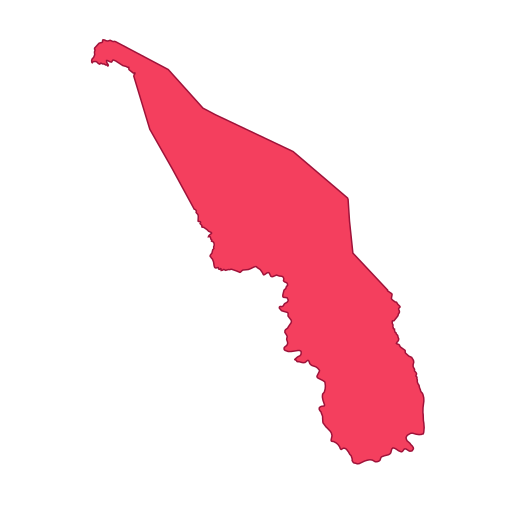 Minas de Oro, Comayagua, Honduras (Mercator projection), rotated 190°
{"feature_id": "27666195B38768397518774", "entity_name": "Minas de Oro", "entity_type": "district", "adm_level": 2, "iso_a3": "HND", "parent_name": "Honduras", "parent_adm1": "Comayagua", "projection": "mercator", "projection_center": [-87.461, 14.895], "detail": "fine", "context": "isolated", "style": "filled", "palette": "rose", "viewbox_px": 512, "rotation_deg": 190, "n_neighbors": 0, "source": "geoboundaries", "source_scale": "gbopen_adm2", "svg_char_len": 5997}
<svg xmlns="http://www.w3.org/2000/svg" viewBox="0 0 512 512"><g transform="rotate(190 256 256)"><path d="M444.2,442.4L444.5,441.6L444.3,440.3L444.4,440.0L445.0,439.5L446.8,438.7L447.6,438.2L451.0,432.8L451.0,431.8L450.4,431.2L450.3,430.7L450.5,428.8L449.8,426.2L450.4,423.4L451.5,421.8L451.7,421.1L451.8,419.7L451.3,418.2L450.9,417.9L450.7,418.4L449.9,419.1L448.7,419.5L447.2,419.7L446.4,419.4L444.7,418.2L443.4,417.8L443.2,417.8L442.5,418.8L442.2,419.0L440.3,418.5L438.8,418.7L437.2,418.0L436.3,418.3L434.9,417.4L434.6,417.7L434.6,418.3L435.1,419.1L436.5,420.5L436.6,421.0L436.8,421.1L437.1,422.6L436.6,422.7L436.0,422.7L434.1,422.0L432.2,421.8L431.8,422.1L431.1,423.9L430.7,424.2L430.2,424.2L428.2,423.8L420.2,420.4L416.8,420.1L415.1,419.5L414.1,419.7L413.6,417.8L413.3,417.4L408.8,414.9L408.3,414.9L407.2,415.3L406.9,414.5L407.0,414.2L407.4,414.1L407.6,411.9L382.6,362.4L353.8,327.6L324.9,291.3L324.2,291.3L323.7,291.1L322.6,290.2L322.5,288.4L320.6,286.9L320.1,286.2L319.7,284.8L319.1,280.3L318.2,280.0L317.2,280.2L316.6,279.9L316.4,279.4L316.7,278.2L314.9,276.9L314.5,276.2L314.4,275.3L314.2,275.1L312.3,275.1L308.7,273.4L306.9,272.1L304.4,271.5L303.8,271.1L303.7,270.8L303.8,270.5L305.5,268.5L306.1,267.4L306.2,266.7L305.5,266.9L304.8,267.0L304.4,266.9L303.9,266.0L303.4,264.8L302.4,264.1L302.4,262.9L302.1,262.8L301.1,262.7L300.1,262.1L299.6,261.3L299.0,259.5L299.3,257.8L299.1,256.8L298.8,256.0L299.7,254.6L299.9,251.2L301.0,249.2L301.2,248.5L301.2,247.9L300.9,247.5L300.4,247.2L299.5,246.2L298.4,245.4L296.8,242.8L295.7,239.5L295.1,238.2L294.7,237.6L294.1,237.3L293.4,237.2L291.4,238.1L291.1,237.9L290.5,236.7L289.8,236.5L289.0,236.8L288.8,237.4L288.4,237.4L287.8,235.7L286.7,236.1L285.3,237.2L283.5,236.6L280.8,237.9L279.4,238.0L278.4,238.6L277.5,238.7L272.7,237.9L269.0,237.1L268.5,237.4L267.2,239.2L266.4,239.9L261.3,241.3L259.1,242.6L256.4,244.6L255.0,245.4L254.1,245.6L253.6,245.5L252.8,244.8L249.5,243.4L246.8,240.7L245.8,239.3L245.3,238.8L244.4,239.1L242.2,241.3L240.9,241.8L240.4,241.7L239.9,241.4L238.1,238.9L237.8,238.6L237.1,238.4L236.4,238.4L235.7,238.7L232.5,240.8L229.5,240.3L227.9,240.5L226.4,240.4L225.5,239.8L224.7,238.6L224.6,237.8L224.7,236.6L224.4,236.1L223.1,235.4L221.2,235.0L220.5,234.4L220.1,233.9L219.8,232.4L219.9,232.1L220.4,231.8L220.7,231.4L221.1,228.9L222.1,227.9L222.5,227.1L222.8,222.9L222.7,221.2L222.3,220.4L221.7,220.1L218.2,220.3L216.7,218.4L216.6,217.7L216.9,216.8L217.4,215.8L219.5,214.1L220.0,213.2L220.3,212.0L221.1,211.0L222.1,210.6L223.1,210.6L223.6,210.4L224.0,210.0L224.1,209.4L224.0,208.8L223.6,208.4L221.4,206.6L219.4,206.3L215.5,205.9L214.7,205.5L214.3,204.8L214.2,203.2L213.9,202.3L210.4,199.1L209.9,198.2L209.7,197.1L209.9,196.2L211.8,192.0L212.3,190.5L214.1,188.6L214.5,187.6L214.3,185.8L212.2,183.5L211.3,182.2L211.2,181.7L211.4,180.4L211.3,179.1L210.1,176.9L209.7,175.8L209.7,174.8L210.2,173.3L211.8,171.5L212.3,170.7L212.3,169.8L212.1,169.0L211.7,168.5L211.0,168.1L207.7,167.5L204.9,168.0L198.1,170.3L196.8,170.5L195.8,170.3L195.1,169.9L194.8,169.2L194.6,167.3L194.8,166.4L195.5,165.3L197.1,164.2L197.9,163.4L199.8,161.0L199.8,160.7L198.1,160.2L197.4,159.3L197.0,159.1L195.0,159.4L192.5,159.1L191.0,159.1L189.3,159.6L188.6,160.3L187.4,161.8L186.9,162.2L186.3,162.2L185.6,161.6L184.4,159.5L183.4,158.6L181.9,157.9L178.0,157.3L177.2,157.0L175.8,156.3L173.7,154.5L173.5,154.0L173.7,153.0L175.0,148.6L175.1,148.1L174.8,147.4L174.4,146.9L173.6,146.5L168.6,145.0L166.6,144.1L166.1,143.4L165.1,140.1L164.8,137.0L165.0,135.0L165.1,133.8L166.4,131.6L166.3,129.6L166.0,128.2L165.0,125.6L162.7,121.4L162.6,120.7L162.9,120.1L165.5,119.3L166.6,118.5L167.3,117.5L167.2,116.3L167.0,115.8L166.0,114.6L164.7,113.5L164.4,112.7L162.8,110.1L162.4,109.0L162.3,108.1L161.4,104.4L161.0,103.3L158.4,100.8L157.2,99.7L156.2,99.1L152.4,96.3L151.1,94.9L149.9,92.2L150.1,87.7L149.7,86.9L149.3,86.7L147.1,86.7L144.5,85.8L143.3,85.1L142.5,84.6L140.6,82.7L139.4,80.8L138.7,80.3L138.4,80.3L137.0,81.6L136.1,82.0L134.9,82.0L133.4,81.4L130.9,79.1L129.3,77.1L127.6,75.8L126.0,72.8L125.8,71.2L124.5,69.7L123.6,69.2L121.8,69.2L120.3,68.9L118.4,69.4L113.5,72.9L111.0,74.2L108.9,75.0L107.8,75.2L105.8,75.2L103.3,74.2L102.6,74.1L101.1,74.4L99.7,75.1L98.9,75.8L98.4,76.5L98.0,79.1L97.5,80.0L95.0,81.5L91.2,83.2L90.5,83.7L89.7,84.5L89.1,85.6L88.8,89.4L88.3,90.2L87.8,90.8L85.9,90.7L83.8,89.9L81.9,89.0L79.1,88.4L78.5,88.5L78.0,88.9L77.4,89.8L76.7,91.3L75.8,92.0L74.5,91.9L71.1,90.5L69.6,90.7L68.4,91.3L67.5,93.4L67.6,94.0L67.9,94.7L69.1,96.0L70.8,97.2L71.9,98.3L75.2,100.3L76.3,102.0L76.7,103.3L76.3,104.8L75.8,105.8L73.5,107.8L72.5,108.4L70.9,108.7L67.3,108.3L64.4,108.4L62.5,108.9L61.7,109.2L61.1,109.7L60.4,109.9L60.2,111.6L60.6,116.1L61.7,120.5L62.6,123.1L63.8,128.7L64.5,131.1L65.2,135.8L65.5,142.1L65.8,143.7L66.2,145.5L67.6,148.7L68.5,149.9L69.4,150.5L70.3,151.4L70.9,152.8L72.1,154.7L73.0,157.0L74.1,158.1L75.0,159.4L75.4,160.4L75.6,161.9L76.4,163.6L76.4,164.6L77.4,165.3L77.7,165.7L77.4,167.6L77.5,168.1L78.2,169.0L80.0,170.4L80.2,172.0L81.7,173.8L82.1,174.5L82.4,176.3L82.2,178.8L82.7,180.3L83.0,180.8L85.1,183.2L88.2,184.0L91.8,186.3L92.2,186.7L92.7,188.8L93.0,189.1L97.8,191.4L98.6,192.1L99.2,193.1L99.9,193.6L102.1,194.0L102.6,194.3L102.3,195.3L101.1,197.4L101.0,199.1L101.9,200.5L102.7,202.4L104.3,203.6L104.5,204.0L104.7,204.6L105.8,205.1L106.6,206.6L106.9,208.1L107.9,208.2L108.2,208.5L108.4,209.3L108.9,210.0L109.1,211.9L110.1,213.3L110.5,215.3L110.4,215.7L110.2,215.9L109.0,216.1L108.8,216.3L106.0,221.4L105.7,222.7L105.7,223.8L105.1,224.8L105.0,225.7L105.2,226.6L106.2,228.1L106.4,228.7L106.2,229.4L105.3,230.7L105.4,231.2L105.9,231.7L107.9,233.0L109.6,234.9L110.9,234.9L114.0,236.4L114.9,237.1L115.3,237.8L115.3,241.6L115.7,242.4L120.3,244.5L120.6,244.9L120.5,245.3L161.1,275.7L170.0,306.7L175.1,327.6L175.9,329.0L237.6,365.3L320.6,388.1L333.9,392.4L374.8,424.4L431.5,442.7L432.9,442.8L433.7,442.4L434.3,442.4L437.0,443.1L437.6,442.9L438.7,442.2L439.9,441.9L441.4,442.0L442.3,442.4L444.2,442.4Z" fill="#f43f5e" stroke="#9f1239" stroke-width="1.5"/></g></svg>